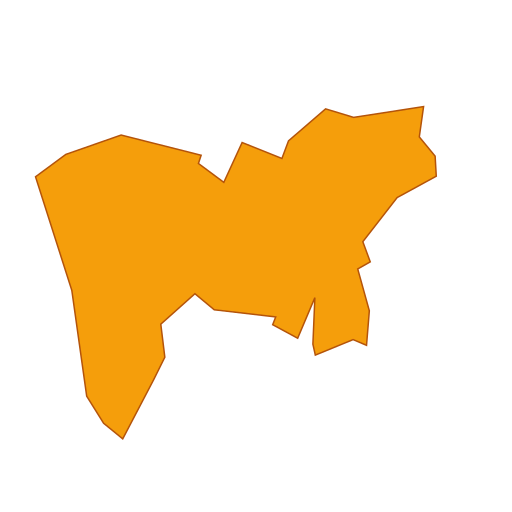 outline of Karposh, Karpoš, North Macedonia, rotated 77°
{"feature_id": "65306769B48294308075018", "entity_name": "Karposh", "entity_type": "district", "adm_level": 2, "iso_a3": "MKD", "parent_name": "North Macedonia", "parent_adm1": "Karpoš", "projection": "mercator", "projection_center": [21.399, 42.004], "detail": "fine", "context": "isolated", "style": "filled", "palette": "amber", "viewbox_px": 512, "rotation_deg": 77, "n_neighbors": 0, "source": "geoboundaries", "source_scale": "gbopen_adm2", "svg_char_len": 621}
<svg xmlns="http://www.w3.org/2000/svg" viewBox="0 0 512 512"><g transform="rotate(77 256 256)"><path d="M218.8,62.4L199.0,59.0L176.7,70.1L148.1,59.1L142.9,129.7L128.3,155.1L151.1,198.4L166.8,208.8L142.3,244.0L177.0,270.8L152.9,291.3L145.5,286.8L107.8,360.2L114.2,418.4L129.2,453.0L248.1,443.2L354.5,452.5L384.7,442.1L404.2,427.0L353.7,383.7L334.1,367.6L301.0,364.1L279.0,324.0L299.0,308.8L319.8,250.5L326.7,255.2L345.5,233.9L309.8,208.0L354.7,220.4L365.9,220.5L359.3,180.2L367.9,168.4L334.9,157.9L291.5,159.8L287.4,146.0L266.1,148.7L230.8,105.3L218.8,62.4Z" fill="#f59e0b" stroke="#b45309" stroke-width="1.5"/></g></svg>